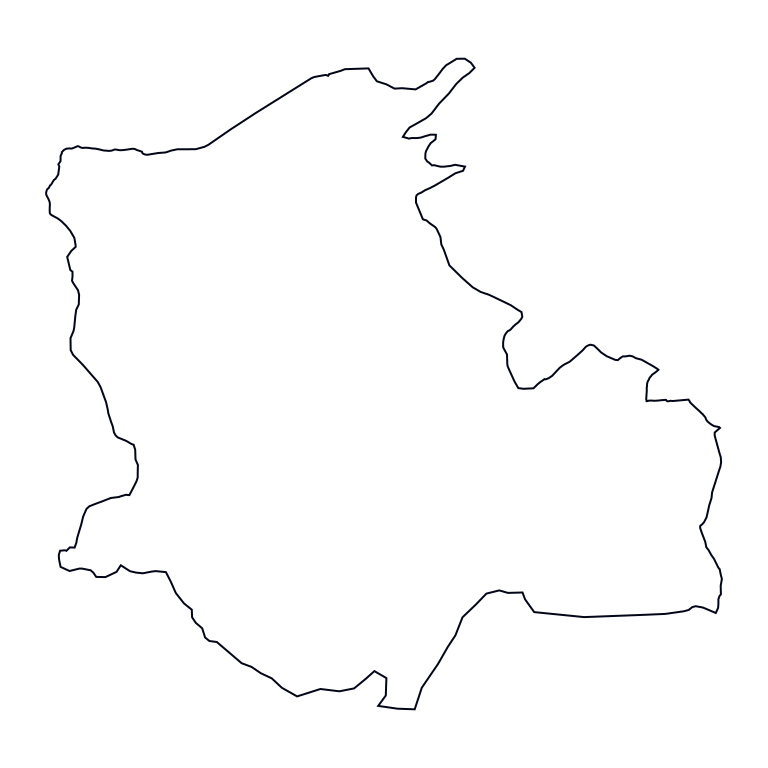 Techiman North, Brong Ahafo, Ghana
{"feature_id": "2480657B75157144819377", "entity_name": "Techiman North", "entity_type": "district", "adm_level": 2, "iso_a3": "GHA", "parent_name": "Ghana", "parent_adm1": "Brong Ahafo", "projection": "robinson", "projection_center": [-1.962, 7.702], "detail": "fine", "context": "isolated", "style": "outline", "palette": "ink", "viewbox_px": 768, "rotation_deg": 0, "n_neighbors": 0, "source": "geoboundaries", "source_scale": "gbopen_adm2", "svg_char_len": 5990}
<svg xmlns="http://www.w3.org/2000/svg" viewBox="0 0 768 768"><path d="M59.6,562.2L60.6,566.9L69.5,571.0L79.3,568.6L82.1,568.6L90.7,570.3L93.4,572.7L96.2,576.9L105.4,577.1L116.5,571.9L120.8,565.3L130.0,571.2L136.1,572.6L142.9,573.3L151.6,571.6L155.5,571.1L165.9,572.1L170.9,581.9L175.8,593.0L183.9,603.3L191.8,609.7L192.1,617.3L195.8,622.9L202.2,628.3L205.1,637.5L209.4,641.0L216.8,642.0L241.6,663.2L251.5,666.9L260.8,673.2L271.8,678.4L281.9,687.8L297.1,696.4L320.4,689.0L339.4,691.3L354.1,688.4L365.8,678.8L374.4,671.1L386.4,678.1L385.8,695.5L378.2,705.9L397.5,708.7L414.7,709.3L421.8,687.7L438.0,664.0L447.8,646.9L455.4,635.4L462.5,617.3L476.0,604.4L486.4,593.6L499.3,590.4L507.9,592.9L522.5,592.5L525.1,599.4L534.2,612.1L584.1,617.1L644.8,614.8L665.4,613.9L683.7,611.3L688.6,610.0L692.3,607.1L695.7,606.2L702.8,607.5L708.8,610.0L715.8,613.0L718.1,607.9L718.4,603.9L718.4,599.3L719.5,596.0L720.9,594.4L720.9,594.1L720.7,585.7L721.9,578.9L720.9,575.3L719.8,569.9L719.8,569.4L718.3,567.6L714.0,558.8L711.4,555.2L708.6,550.1L706.3,547.2L705.3,542.0L701.8,532.8L700.1,527.9L700.3,525.8L702.1,524.4L704.1,522.1L706.5,517.4L707.6,512.7L709.2,505.4L711.5,498.1L712.1,492.4L719.8,468.2L720.3,467.1L721.1,462.4L720.8,457.4L719.3,452.5L714.7,435.7L714.7,432.5L720.0,427.9L719.2,427.1L714.2,426.1L712.8,425.4L711.3,424.5L709.8,423.4L708.0,421.9L706.7,420.5L705.9,419.0L705.5,417.6L704.7,416.6L703.8,415.5L703.4,415.1L702.6,414.0L702.0,413.7L699.6,411.3L696.7,408.7L695.0,407.1L693.6,405.8L693.4,405.5L692.1,404.4L690.0,402.2L689.7,401.4L688.5,399.6L673.1,401.0L672.5,401.0L671.0,400.8L670.2,400.9L669.4,401.1L667.7,401.3L667.0,401.1L666.5,400.7L666.2,400.0L665.2,399.8L664.3,400.0L662.2,400.1L657.7,400.6L655.7,400.7L654.0,400.8L652.5,400.6L649.2,400.6L647.3,401.1L646.6,401.1L646.6,400.2L646.3,399.8L646.2,399.2L646.4,396.6L646.5,394.7L646.7,392.1L646.8,390.5L646.7,388.2L646.8,387.5L646.9,386.9L647.0,385.7L647.1,383.7L647.6,381.9L647.9,381.1L648.3,380.5L648.9,379.5L649.5,378.0L650.5,376.7L651.0,376.2L651.8,375.1L652.1,374.7L653.5,373.7L654.3,373.2L655.2,372.5L655.9,372.0L658.4,369.8L657.7,369.1L653.1,366.2L641.6,359.7L635.9,358.2L632.7,356.4L629.5,355.7L625.6,356.4L622.8,356.4L620.2,358.1L617.9,360.1L615.3,359.9L606.7,356.2L601.2,352.5L598.1,349.4L593.9,345.5L590.5,344.7L588.4,345.3L585.9,346.7L582.6,350.4L577.7,354.8L573.1,358.8L569.6,361.8L564.6,364.3L562.3,365.8L559.7,367.8L552.2,375.8L548.8,378.1L547.4,378.7L546.3,379.1L545.5,379.3L544.9,379.3L544.6,379.1L543.8,379.6L542.2,380.8L540.4,382.0L539.6,382.6L538.4,383.6L537.7,384.2L536.9,384.9L535.8,386.1L533.4,388.3L523.5,388.8L518.3,388.1L514.4,381.3L508.3,367.8L508.1,367.2L507.7,366.4L507.4,364.8L507.3,364.1L507.0,354.7L506.8,354.1L504.0,349.0L503.2,347.3L503.1,343.4L503.3,341.1L503.7,339.0L504.4,336.1L505.5,334.0L506.9,332.1L507.9,331.0L509.6,330.3L510.9,329.2L513.4,326.4L515.5,324.5L517.5,323.0L518.8,321.9L519.9,320.5L521.3,318.8L522.3,316.9L521.5,312.1L517.8,309.9L510.6,305.1L489.3,294.9L480.8,292.0L472.7,287.3L462.0,277.8L449.4,265.4L443.9,249.9L441.3,244.4L440.8,240.0L440.5,237.2L437.0,229.6L436.0,228.0L435.0,227.0L433.4,225.8L431.6,224.6L429.3,222.9L426.6,220.5L422.9,219.3L416.0,202.6L416.0,197.3L416.6,195.3L418.2,193.9L421.1,192.7L425.3,190.1L429.7,188.2L435.1,185.4L449.1,177.2L455.3,173.3L463.0,170.8L463.4,170.0L465.0,166.6L455.1,164.8L450.1,166.0L447.0,166.3L444.1,166.7L440.5,166.7L434.2,165.2L432.0,165.4L429.3,162.9L427.1,161.3L425.3,158.6L425.4,153.6L426.0,151.2L428.5,146.4L430.7,143.1L435.4,139.4L435.6,138.7L435.9,134.8L434.7,134.7L431.6,134.7L430.6,134.6L428.7,135.2L425.1,136.2L420.7,137.6L417.5,138.0L415.2,138.1L413.4,138.0L411.3,138.1L408.9,138.6L407.6,138.2L402.9,136.9L405.8,132.3L409.6,127.5L425.9,118.3L431.5,113.6L439.2,103.5L448.8,93.6L456.3,83.9L462.8,77.6L469.3,73.1L474.6,67.8L473.5,66.3L470.8,62.6L470.2,62.3L464.8,58.7L456.6,58.8L449.4,63.3L446.2,65.2L442.7,68.9L439.6,73.1L434.7,79.3L433.2,80.6L429.6,81.8L428.1,82.0L426.5,83.2L415.6,89.4L402.2,88.2L394.5,88.6L386.3,84.3L376.9,81.3L373.3,76.5L368.5,68.4L344.8,69.2L340.8,70.8L329.0,74.2L328.6,75.3L328.1,75.9L326.9,75.2L325.5,75.0L324.0,75.2L314.3,77.0L311.4,78.2L255.9,112.9L230.8,129.3L208.4,144.8L204.5,146.8L195.7,149.2L177.2,149.3L171.1,150.6L167.0,152.0L165.2,152.5L158.3,153.0L147.2,154.8L145.0,154.5L143.5,153.9L142.8,153.5L142.3,152.9L142.1,151.9L141.8,151.6L141.5,151.5L141.0,151.4L139.1,150.7L137.0,150.1L135.1,149.1L133.7,148.8L133.0,148.8L132.1,148.8L126.9,149.6L124.7,149.9L122.6,150.1L120.5,150.2L118.9,150.1L116.9,149.7L115.6,149.5L114.8,149.5L114.1,149.7L112.8,150.2L111.7,150.6L110.3,150.8L108.2,150.9L106.9,150.7L105.1,150.6L103.3,150.4L98.8,149.3L95.8,148.7L94.8,148.6L92.9,148.5L91.2,148.3L88.0,147.8L85.1,147.7L83.1,147.9L81.6,147.8L80.6,147.4L79.3,146.7L78.3,146.2L77.7,146.2L77.1,146.4L73.8,147.8L72.4,148.4L71.3,148.6L70.9,148.6L69.5,148.4L66.3,148.7L63.9,150.0L61.8,152.2L61.8,153.4L60.6,155.9L60.5,161.3L58.4,164.2L58.7,165.2L59.3,166.3L58.5,172.5L58.2,174.6L55.7,178.6L53.8,180.1L51.2,184.5L50.0,185.5L48.9,187.8L47.0,189.5L46.2,192.2L46.1,193.4L46.4,195.1L48.6,199.4L49.2,200.8L49.7,202.3L49.9,204.7L49.7,207.9L49.7,211.3L49.8,213.0L50.2,213.9L51.4,215.0L54.3,216.6L57.5,218.3L59.7,219.9L61.4,221.2L66.0,225.7L70.2,230.8L74.3,237.8L75.5,244.5L75.7,246.8L71.2,251.0L67.2,256.9L70.3,270.0L72.5,271.7L72.5,276.9L72.0,280.7L73.3,283.2L78.0,290.2L79.1,294.7L78.8,304.4L76.2,309.8L75.3,316.4L74.2,327.7L73.5,331.1L70.5,338.2L70.7,350.2L73.1,354.9L82.7,364.7L97.8,382.0L100.6,387.2L106.0,402.0L107.7,409.3L108.3,413.2L110.9,421.3L112.7,426.2L114.0,432.5L115.6,435.4L117.7,437.4L126.2,440.9L131.7,444.1L133.6,444.7L135.2,449.7L135.5,459.4L137.9,465.0L137.7,473.6L137.7,477.6L136.4,481.5L132.2,489.8L129.4,495.1L125.9,494.8L121.0,496.2L118.8,497.0L110.8,498.0L102.1,501.4L95.6,503.8L89.3,506.3L86.5,508.9L83.1,516.7L81.3,524.2L77.2,537.9L76.3,542.9L74.6,547.6L69.9,547.4L66.4,550.8L65.5,550.4L64.0,550.3L62.8,550.5L60.1,550.7L58.8,554.9L59.0,559.0L59.6,562.2Z" fill="none" stroke="#020617" stroke-width="2"/></svg>